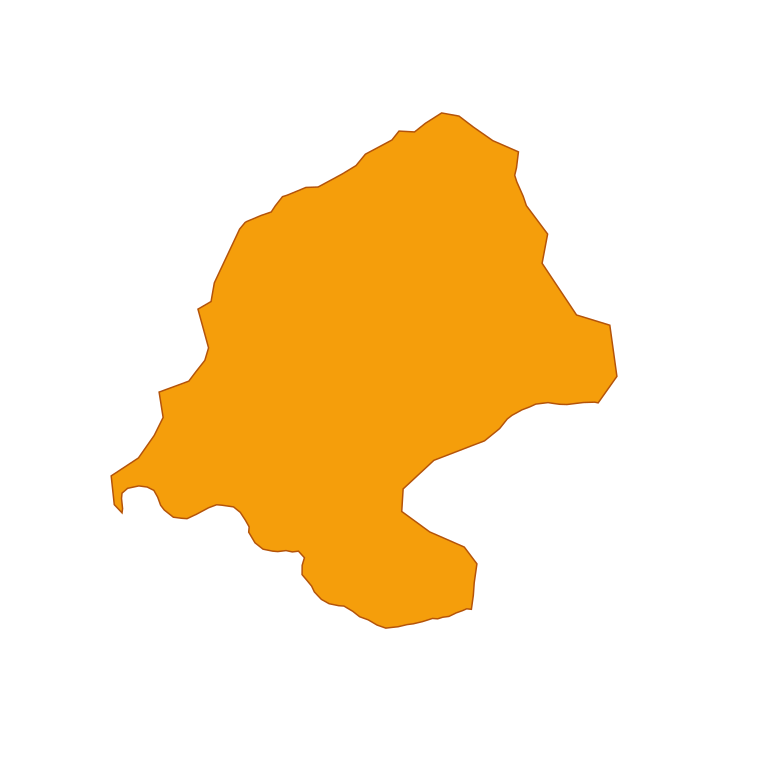 the district of Ikwuano, Abia, Nigeria, rotated 39°
{"feature_id": "59680162B4745386112936", "entity_name": "Ikwuano", "entity_type": "district", "adm_level": 2, "iso_a3": "NGA", "parent_name": "Nigeria", "parent_adm1": "Abia", "projection": "albers", "projection_center": [7.59, 5.399], "detail": "fine", "context": "isolated", "style": "filled", "palette": "amber", "viewbox_px": 768, "rotation_deg": 39, "n_neighbors": 0, "source": "geoboundaries", "source_scale": "gbopen_adm2", "svg_char_len": 1874}
<svg xmlns="http://www.w3.org/2000/svg" viewBox="0 0 768 768"><g transform="rotate(39 384 384)"><path d="M562.3,263.9L560.2,231.5L522.5,196.2L490.2,209.2L430.9,190.7L416.8,164.5L382.4,155.8L374.0,150.5L360.1,143.4L354.9,140.0L354.2,139.5L350.9,132.6L342.4,119.0L315.5,126.4L291.6,128.1L273.7,128.6L258.2,137.1L252.1,155.3L249.1,168.9L236.5,178.0L236.6,189.4L224.9,217.1L224.8,231.9L219.3,247.2L214.2,259.5L208.8,272.4L199.6,280.4L189.8,298.4L187.2,302.3L187.4,313.9L188.1,321.3L182.4,330.4L175.0,344.2L174.4,345.9L174.3,354.5L175.9,360.9L185.6,400.5L188.5,412.2L195.5,424.8L197.7,428.7L192.3,442.9L224.9,466.3L229.9,478.4L230.1,493.0L230.5,504.6L214.3,531.8L233.4,549.0L237.8,568.6L239.7,596.0L229.8,627.1L250.3,647.5L261.5,649.0L259.3,645.4L252.0,638.1L249.1,633.7L250.4,626.4L257.6,617.5L264.8,613.1L272.1,611.5L279.4,614.4L286.7,618.8L292.5,620.2L304.1,620.1L311.4,615.6L315.7,612.6L319.3,605.1L320.0,603.8L325.6,590.5L329.9,583.2L334.3,580.2L344.4,574.2L353.1,574.2L361.8,577.0L369.1,579.9L372.1,584.3L383.7,588.6L393.9,588.5L402.6,584.0L406.9,581.1L412.7,575.1L418.4,572.2L422.8,567.7L423.1,567.8L431.5,569.1L434.5,576.4L440.3,583.7L447.6,585.1L454.9,586.6L460.7,589.4L465.6,590.1L470.9,590.8L479.6,589.3L488.1,584.9L488.3,584.8L492.6,581.8L502.8,580.3L511.5,580.2L515.3,578.9L520.2,577.2L530.3,575.7L539.0,572.6L543.3,568.2L547.7,563.8L553.4,556.4L557.7,551.9L563.4,544.5L566.2,540.3L569.2,535.7L573.5,532.7L576.4,528.3L580.7,523.8L583.5,517.9L584.0,516.7L587.7,510.6L589.7,506.7L593.7,504.1L586.4,492.0L579.2,481.7L569.4,465.3L549.0,460.2L512.6,470.2L478.0,471.9L464.9,453.5L470.8,411.9L491.3,376.3L497.9,364.9L501.9,345.9L501.9,345.3L501.8,333.6L503.2,327.7L507.4,317.4L511.7,310.0L514.6,304.1L523.2,295.2L527.7,292.6L533.3,289.2L539.1,284.8L544.9,278.8L550.6,272.9L555.0,269.1L559.2,265.5L562.3,263.9Z" fill="#f59e0b" stroke="#b45309" stroke-width="1.5"/></g></svg>